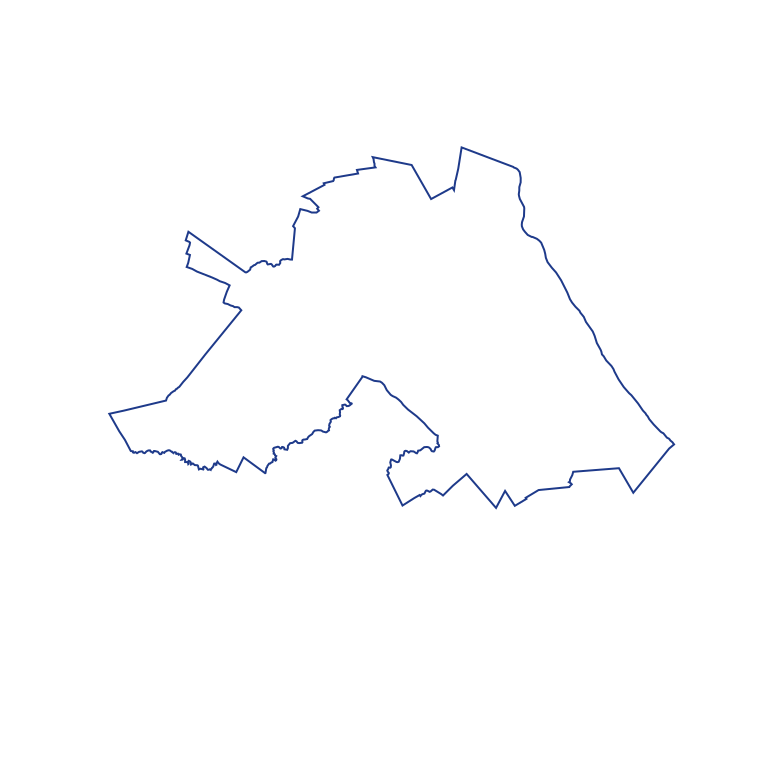 the district of Belint, Timis, Romania, rotated 231°
{"feature_id": "2599482B7232591978700", "entity_name": "Belint", "entity_type": "district", "adm_level": 2, "iso_a3": "ROU", "parent_name": "Romania", "parent_adm1": "Timis", "projection": "equal_earth", "projection_center": [21.773, 45.781], "detail": "fine", "context": "isolated", "style": "outline", "palette": "blue", "viewbox_px": 768, "rotation_deg": 231, "n_neighbors": 0, "source": "geoboundaries", "source_scale": "gbopen_adm2", "svg_char_len": 6166}
<svg xmlns="http://www.w3.org/2000/svg" viewBox="0 0 768 768"><g transform="rotate(231 384 384)"><path d="M468.0,622.6L470.7,621.1L471.3,621.1L519.0,593.2L504.6,577.2L497.5,568.2L497.2,567.5L490.6,560.4L493.7,560.8L498.1,537.0L536.8,543.3L567.4,518.0L565.5,517.5L562.7,515.8L561.2,515.3L559.5,513.9L557.7,513.7L567.4,497.7L563.9,496.3L575.6,475.4L575.3,474.6L574.0,473.1L573.7,472.2L577.9,463.5L576.2,463.1L581.0,439.0L576.1,441.6L574.4,443.1L562.6,444.3L562.3,442.4L559.6,442.5L559.7,439.5L562.8,435.7L566.7,433.5L572.6,429.0L568.2,422.7L563.9,412.7L561.1,412.8L538.6,390.8L539.6,389.6L541.9,387.8L543.5,385.0L544.6,384.1L545.0,382.4L545.0,381.0L544.5,380.3L543.3,379.5L542.7,377.5L544.5,375.5L544.6,375.2L544.2,373.6L544.5,372.3L545.2,371.8L547.6,372.0L548.5,371.7L550.1,368.9L551.0,368.9L552.5,369.6L553.2,369.6L554.9,368.4L556.5,366.2L556.7,363.6L557.7,362.2L557.8,361.7L557.7,358.8L558.2,357.5L558.2,355.7L558.5,353.8L557.1,351.9L557.1,348.4L557.5,347.0L558.2,346.5L625.4,327.8L620.4,320.3L616.8,322.2L615.9,322.2L614.2,320.2L609.7,312.5L606.4,314.4L601.3,308.0L599.1,304.3L594.1,307.4L589.1,309.4L575.0,317.4L570.1,319.9L567.2,321.1L562.5,324.1L557.8,326.1L554.6,319.9L550.2,312.8L548.3,310.6L546.8,311.0L544.5,312.9L541.6,314.2L539.5,315.7L537.8,316.2L536.1,318.3L534.8,319.3L531.1,319.5L519.5,264.1L512.9,235.3L512.0,229.3L510.6,223.1L510.8,221.4L510.6,220.0L510.9,218.9L510.4,217.5L510.8,215.8L511.0,212.8L510.5,210.4L510.7,209.5L509.9,206.6L508.3,204.2L527.0,165.1L533.7,151.8L513.9,148.5L503.6,147.5L491.6,145.1L491.2,145.1L489.7,146.5L488.8,145.9L488.4,146.0L487.7,146.8L487.7,147.6L487.5,148.0L485.7,148.5L485.4,151.0L484.0,153.5L483.0,153.7L482.2,153.6L481.0,154.3L480.8,154.9L481.1,156.7L480.9,158.3L480.4,159.5L479.6,160.4L478.3,160.1L477.6,160.7L476.2,160.9L476.0,161.5L476.7,163.1L476.3,163.6L473.6,165.6L470.6,165.6L470.1,166.1L469.8,166.8L469.9,167.4L470.4,167.9L470.5,168.9L468.8,169.9L469.1,170.9L468.7,173.3L468.2,174.7L467.3,175.7L464.7,176.4L465.4,176.6L463.5,176.7L463.0,177.1L462.6,178.6L461.7,179.1L460.4,178.6L459.5,180.1L458.3,179.9L458.0,181.0L457.0,181.7L456.0,181.1L453.2,181.0L452.8,180.3L452.5,179.1L452.0,179.9L452.3,181.8L451.7,182.3L450.5,181.9L448.5,180.3L447.3,181.8L446.0,182.1L444.9,181.5L444.9,182.0L445.3,182.3L446.9,182.5L447.2,183.9L445.6,184.6L443.8,184.2L442.9,183.4L442.7,183.9L443.1,184.5L442.6,185.4L440.1,185.9L438.3,187.8L437.7,188.0L434.1,186.4L433.7,188.0L431.3,189.8L431.5,190.2L432.6,190.5L433.1,191.2L432.7,192.6L430.3,193.2L428.3,193.1L427.6,193.9L427.3,195.0L426.3,195.3L426.7,195.9L426.7,196.6L427.1,197.7L427.0,198.0L427.3,199.3L429.0,201.9L428.6,202.6L427.8,202.8L426.8,202.5L426.7,203.0L427.6,203.6L428.5,205.7L426.5,205.6L424.5,206.1L408.5,213.7L415.4,228.7L389.5,235.5L389.4,235.8L389.8,236.3L392.7,239.6L392.8,240.5L393.7,241.9L394.4,244.4L394.4,244.8L393.9,245.3L393.9,247.3L393.5,248.1L395.2,250.5L394.6,251.0L392.7,251.4L392.6,252.2L393.2,253.0L395.1,253.2L395.8,254.9L397.0,254.4L398.1,254.9L399.3,254.4L400.2,255.5L401.2,255.6L401.6,255.9L401.8,256.6L403.3,257.0L403.5,257.4L403.6,258.4L402.0,262.1L401.2,262.6L399.1,262.9L398.8,263.2L398.6,264.1L399.2,265.0L398.8,265.7L397.4,266.3L395.9,265.5L393.8,267.4L394.6,268.9L396.4,270.4L397.1,273.8L395.8,275.9L395.6,279.4L394.6,279.9L392.6,279.9L391.5,280.8L389.9,283.4L390.1,284.0L391.4,284.8L391.7,285.4L391.5,286.4L390.7,287.5L389.6,289.7L390.4,291.5L390.6,293.1L390.3,296.6L391.2,299.0L391.4,300.8L389.6,303.7L387.9,305.5L387.2,306.1L385.6,306.5L382.9,308.5L382.6,310.0L382.8,311.0L382.6,312.1L383.6,312.6L384.4,313.5L384.8,314.9L386.0,315.0L387.3,316.5L388.1,318.9L389.6,319.7L389.7,321.1L389.3,323.0L388.7,323.6L388.7,324.6L387.6,325.1L387.8,326.3L387.0,327.8L386.6,329.5L387.2,330.2L388.4,330.6L389.5,331.9L391.5,333.1L391.4,335.4L390.6,336.0L390.7,336.6L391.4,337.1L393.1,337.7L393.8,338.3L392.6,340.7L392.0,341.0L390.3,341.1L389.4,342.3L389.0,343.5L389.0,346.5L389.4,346.6L390.8,345.5L394.3,345.6L395.6,345.3L403.0,371.2L403.6,372.1L400.7,374.1L392.6,378.4L388.4,382.5L386.3,383.2L382.9,383.5L377.5,382.3L371.4,382.4L369.2,383.1L365.8,384.8L362.8,385.5L359.3,386.0L355.7,385.8L349.0,386.6L338.4,389.1L328.1,390.6L322.4,390.7L314.5,391.6L312.1,392.1L310.0,393.3L305.9,389.4L304.6,389.0L304.3,388.2L302.2,388.3L300.9,387.6L301.0,386.1L302.2,384.7L302.2,384.2L300.4,381.4L300.2,380.2L301.6,379.0L302.6,378.9L304.0,379.3L305.9,379.1L306.8,378.8L308.0,377.8L309.6,375.5L309.6,370.5L310.7,368.6L309.7,367.0L309.4,366.0L310.0,365.5L312.9,364.6L315.0,362.4L315.2,361.2L315.1,360.1L317.4,359.6L318.4,358.9L318.8,357.9L318.7,357.3L317.5,356.0L316.2,354.1L316.4,353.6L317.8,352.6L318.3,351.8L315.9,349.4L314.3,346.5L314.7,345.4L315.6,344.6L320.4,342.6L320.8,342.1L320.7,341.8L319.1,339.5L316.4,338.2L315.1,336.9L315.0,336.3L316.1,335.1L315.1,333.4L314.8,332.2L313.8,331.8L311.7,331.7L311.2,330.8L311.2,329.4L277.9,321.9L276.3,335.8L275.3,341.8L274.0,341.8L274.3,343.0L274.2,344.5L273.4,346.4L274.6,349.1L274.6,349.8L273.8,350.6L271.5,351.6L271.2,352.6L271.3,355.4L270.3,356.4L262.4,359.2L260.2,359.7L261.6,373.5L262.1,391.6L217.2,393.1L224.7,410.8L207.0,409.0L205.1,422.4L206.4,422.5L206.3,423.1L204.3,437.4L187.3,463.2L187.6,463.9L187.9,466.8L189.3,466.7L191.3,466.0L191.2,467.0L192.7,468.5L194.7,473.0L196.7,475.8L170.7,513.6L142.6,509.3L154.4,565.0L154.5,571.4L157.3,571.5L159.8,571.0L161.3,571.1L162.3,571.0L164.3,570.1L169.9,570.1L171.9,569.2L173.4,568.9L182.8,568.1L189.7,568.0L192.9,568.6L195.3,568.5L196.4,568.8L200.5,568.5L209.0,569.2L219.7,569.2L222.6,568.7L230.7,568.4L239.9,569.2L248.6,570.9L251.1,571.7L254.8,572.1L262.4,571.5L267.3,572.2L269.8,572.0L272.4,573.3L274.4,573.9L281.9,575.2L288.9,578.0L293.5,579.3L305.1,580.0L310.4,581.5L315.9,581.5L317.9,582.0L323.6,581.4L329.0,581.4L332.9,581.9L339.7,584.0L353.1,586.9L362.4,587.9L368.8,587.6L375.7,587.8L380.2,589.2L383.7,591.2L387.4,592.9L394.9,595.1L397.6,594.9L400.6,594.2L404.8,592.0L405.4,591.3L409.4,589.5L413.6,589.3L416.6,589.4L419.8,590.4L421.2,591.4L422.9,593.1L426.1,598.2L432.3,603.6L433.5,604.3L442.3,606.0L445.2,607.3L446.7,608.2L449.1,610.8L451.9,613.1L454.7,617.1L458.1,619.9L463.3,622.8L466.4,622.9L468.0,622.6Z" fill="none" stroke="#1e3a8a" stroke-width="2"/></g></svg>